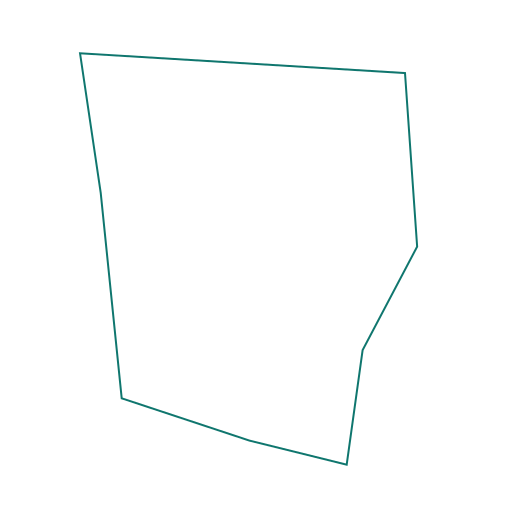 SVG path tracing the border of Wan Chai, rotated 86°
{"feature_id": "HKG-5154", "entity_name": "Wan Chai", "entity_type": "state/province", "adm_level": 1, "iso_a3": "HKG", "parent_name": "Hong Kong S.A.R.", "parent_adm1": "", "projection": "robinson", "projection_center": [114.179, 22.269], "detail": "fine", "context": "isolated", "style": "outline", "palette": "teal", "viewbox_px": 512, "rotation_deg": 86, "n_neighbors": 0, "source": "natural_earth", "source_scale": "10m", "svg_char_len": 267}
<svg xmlns="http://www.w3.org/2000/svg" viewBox="0 0 512 512"><g transform="rotate(86 256 256)"><path d="M83.9,94.6L257.9,94.6L357.3,156.2L470.5,180.1L439.7,275.4L388.6,399.9L182.2,406.5L41.5,417.4L83.9,94.6Z" fill="none" stroke="#0f766e" stroke-width="2"/></g></svg>